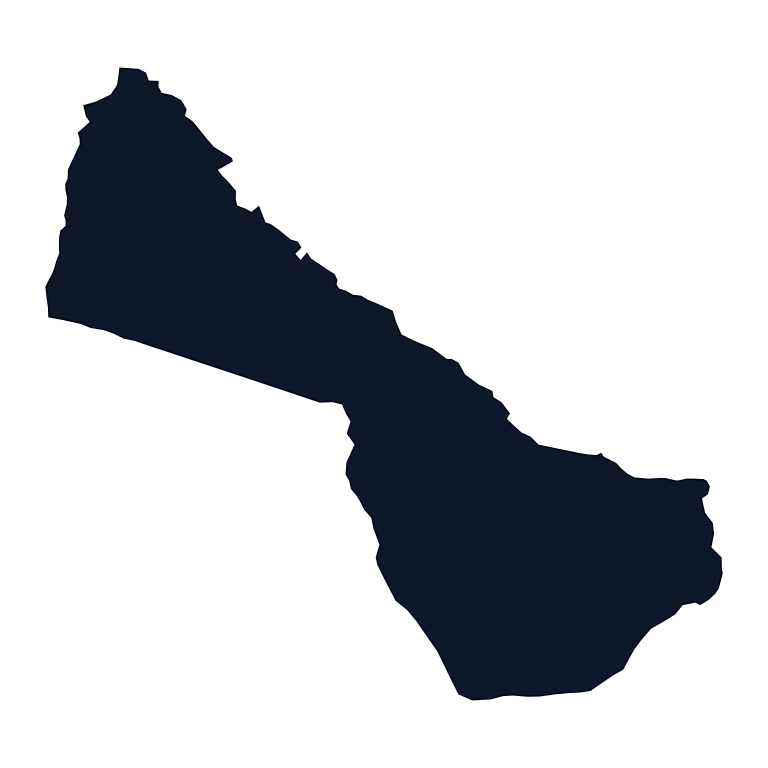 outline of Neo Chorio Pafou, Paphos, Cyprus
{"feature_id": "46923920B91112583307672", "entity_name": "Neo Chorio Pafou", "entity_type": "district", "adm_level": 2, "iso_a3": "CYP", "parent_name": "Cyprus", "parent_adm1": "Paphos", "projection": "robinson", "projection_center": [32.33, 35.056], "detail": "fine", "context": "isolated", "style": "filled", "palette": "ink", "viewbox_px": 768, "rotation_deg": 0, "n_neighbors": 0, "source": "geoboundaries", "source_scale": "gbopen_adm2", "svg_char_len": 2380}
<svg xmlns="http://www.w3.org/2000/svg" viewBox="0 0 768 768"><path d="M706.1,481.2L703.1,479.8L696.2,479.5L690.3,479.3L686.3,479.4L678.7,481.1L675.7,481.2L665.7,478.8L660.3,478.7L648.4,479.4L641.6,478.8L634.2,478.2L627.0,474.3L621.1,469.3L616.0,463.8L608.3,459.7L603.3,457.4L601.0,453.8L596.6,455.9L587.3,455.1L579.8,453.9L556.5,449.1L538.1,445.3L530.3,437.4L521.2,433.3L513.2,426.0L505.8,418.9L509.1,413.5L500.8,402.6L492.8,397.7L491.7,391.5L478.4,385.2L464.4,374.9L458.0,363.2L451.4,359.7L446.4,359.7L431.8,348.8L413.3,341.2L400.9,335.0L395.4,322.2L392.1,311.3L377.4,304.5L367.5,300.5L360.9,296.4L352.4,295.4L346.3,291.7L338.5,289.1L335.7,284.4L336.7,280.1L334.1,274.7L323.3,267.7L310.6,259.2L306.9,253.6L300.7,261.1L294.3,253.8L300.5,247.5L297.3,242.2L290.3,240.2L280.0,231.7L270.5,224.8L264.9,222.9L258.7,206.9L251.6,212.8L244.7,209.1L236.6,206.2L235.0,199.7L235.2,191.1L226.9,181.3L221.6,176.1L216.6,169.7L232.0,161.1L231.2,158.4L213.5,147.6L206.4,139.4L192.3,122.0L184.0,116.1L185.9,109.5L180.7,100.8L171.3,95.7L161.1,93.5L157.8,87.0L157.8,81.6L148.2,81.3L145.4,73.2L138.5,69.6L120.0,68.3L119.7,72.3L117.8,85.1L111.2,95.1L96.6,102.2L84.1,105.7L86.6,116.1L90.8,122.0L78.6,132.9L80.3,138.6L80.5,144.3L71.4,163.9L68.7,169.8L68.4,178.8L66.0,184.0L66.2,190.3L67.8,197.2L67.5,204.4L64.9,215.5L66.3,220.1L66.4,226.2L61.0,231.0L59.9,237.4L59.7,244.7L60.0,253.4L56.8,261.7L55.0,268.4L52.6,274.3L49.1,280.9L46.1,286.9L47.3,297.6L48.7,307.4L49.0,316.7L49.6,316.8L61.7,319.0L80.8,323.2L90.7,327.2L103.8,329.4L113.8,332.9L123.7,337.8L135.0,340.2L143.5,343.2L262.4,382.6L319.9,401.9L332.7,401.4L342.6,403.9L346.3,412.7L351.4,421.4L347.5,433.4L355.4,444.4L347.1,462.8L346.3,474.5L349.8,480.2L351.6,488.6L357.2,495.3L360.6,500.8L364.6,509.1L371.9,517.4L374.3,528.7L380.2,544.7L376.5,557.4L378.0,564.5L382.1,572.9L388.7,585.9L396.3,600.4L407.6,609.4L417.0,620.8L438.0,651.1L453.7,683.3L458.9,693.8L472.4,699.7L490.5,698.7L502.9,695.4L512.8,694.8L527.0,696.0L539.7,695.8L555.0,693.6L570.9,692.2L579.9,691.8L590.4,690.2L597.8,684.9L613.3,674.4L622.7,669.1L627.9,659.2L633.8,648.9L640.2,640.2L650.6,628.1L661.9,621.7L674.8,613.8L682.2,604.5L695.7,601.8L699.9,604.3L708.1,599.4L714.7,593.2L718.2,587.9L721.9,573.6L721.1,568.1L720.9,557.8L710.6,547.6L713.3,533.8L712.1,523.3L704.4,513.2L701.1,498.2L707.4,493.7L709.1,486.4L706.1,481.2Z" fill="#0f172a" stroke="#020617" stroke-width="1.5"/></svg>